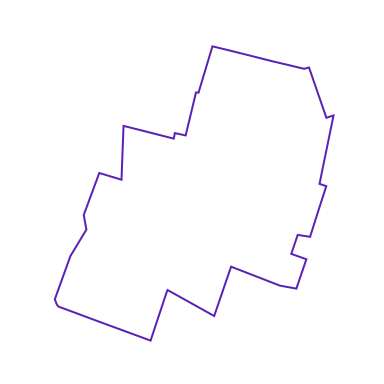 the district of Washington, Vermont, United States of America, rotated 172°
{"feature_id": "52423323B84121936183506", "entity_name": "Washington", "entity_type": "district", "adm_level": 2, "iso_a3": "USA", "parent_name": "United States of America", "parent_adm1": "Vermont", "projection": "orthographic", "projection_center": [-72.628, 44.26], "detail": "fine", "context": "isolated", "style": "outline", "palette": "violet", "viewbox_px": 384, "rotation_deg": 172, "n_neighbors": 0, "source": "geoboundaries", "source_scale": "gbopen_adm2", "svg_char_len": 589}
<svg xmlns="http://www.w3.org/2000/svg" viewBox="0 0 384 384"><g transform="rotate(172 192 192)"><path d="M41.2,248.1L48.6,246.8L58.8,299.0L63.8,298.4L94.8,310.5L127.4,323.8L151.5,333.4L171.7,289.5L174.2,290.0L190.4,248.9L200.8,252.7L202.6,247.4L250.6,267.0L260.1,214.0L281.2,223.7L302.4,184.3L301.8,169.5L321.3,145.5L342.8,104.8L341.4,99.0L340.0,97.0L300.0,75.4L253.7,50.6L230.8,96.8L229.8,98.3L187.3,66.1L163.7,112.6L118.1,87.1L102.1,81.8L88.1,109.5L102.3,116.9L93.3,134.8L81.3,131.2L71.6,151.5L58.2,179.1L64.6,182.3L41.2,248.1Z" fill="none" stroke="#5b21b6" stroke-width="2"/></g></svg>